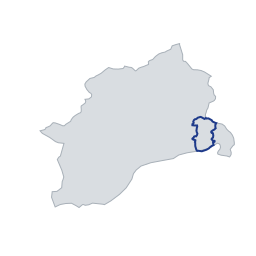 location of Montana within Bulgaria, rotated 159°
{"feature_id": "BGR-2250", "entity_name": "Montana", "entity_type": "Province", "adm_level": 1, "iso_a3": "BGR", "parent_name": "Bulgaria", "parent_adm1": "", "projection": "orthographic", "projection_center": [23.215, 43.499], "detail": "fine", "context": "in_parent", "style": "outline", "palette": "blue", "viewbox_px": 256, "rotation_deg": 159, "n_neighbors": 0, "source": "natural_earth", "source_scale": "10m", "svg_char_len": 3207}
<svg xmlns="http://www.w3.org/2000/svg" viewBox="0 0 256 256"><g transform="rotate(159 128 128)"><path d="M211.1,156.9L206.8,156.4L205.3,156.7L204.4,157.8L202.4,157.7L199.9,157.9L197.4,159.2L196.0,159.8L194.1,158.8L190.4,155.7L188.1,153.4L186.5,152.9L184.9,153.7L179.2,154.8L177.9,156.2L175.3,157.8L172.7,158.6L168.9,159.3L166.9,159.3L165.8,160.1L164.9,162.3L164.3,164.4L163.8,165.3L159.1,166.6L158.0,167.8L157.8,169.0L157.9,170.2L154.1,169.2L151.1,170.1L150.5,171.0L149.9,172.4L150.3,173.8L151.4,175.1L152.6,178.7L153.1,182.4L152.5,184.5L150.4,186.1L145.8,187.9L141.4,187.3L139.5,188.0L136.2,188.3L133.2,188.8L128.6,190.4L124.4,191.4L120.6,188.4L116.0,186.5L111.3,185.3L109.7,186.2L109.0,187.0L105.1,184.3L103.3,183.4L102.4,182.3L100.7,178.7L99.8,178.6L96.5,180.0L93.4,180.0L91.6,179.8L86.0,180.0L85.3,182.5L84.6,182.9L83.4,183.2L80.4,183.1L76.6,185.0L72.6,186.1L69.4,186.1L66.1,185.6L64.2,186.0L59.9,186.2L57.3,188.9L53.1,188.7L49.6,188.3L50.0,187.4L50.7,176.8L52.5,172.1L52.4,171.1L52.1,170.3L50.5,169.6L49.4,167.0L47.2,160.2L45.9,158.9L42.3,157.4L39.2,155.5L36.5,152.9L31.7,146.5L34.2,145.9L34.9,144.6L37.4,141.1L37.7,139.4L37.4,138.4L35.8,136.7L34.7,133.1L35.6,129.7L35.7,127.9L34.9,126.1L35.8,124.0L37.5,122.8L38.6,122.5L43.3,122.3L46.2,118.0L48.0,116.6L49.8,114.1L50.7,113.2L51.5,111.3L51.7,109.4L48.1,106.6L46.9,104.5L45.3,102.2L43.1,100.7L38.7,97.9L37.0,95.2L36.3,91.6L35.1,88.9L33.9,87.1L33.6,85.7L33.1,83.9L33.0,80.5L34.1,75.9L34.8,74.3L36.3,73.9L40.2,71.5L40.4,68.3L41.2,66.4L42.4,65.3L43.6,64.6L45.7,66.4L50.9,69.3L53.4,71.4L53.3,72.7L52.1,74.0L49.8,75.3L48.5,76.9L48.1,79.0L48.5,80.5L50.0,81.8L59.4,80.1L69.0,81.0L81.8,83.7L90.3,84.6L96.6,83.2L108.2,85.4L119.1,87.4L129.5,87.8L135.3,85.9L139.3,83.4L142.7,78.9L151.1,72.8L159.4,69.2L170.2,66.1L177.5,64.9L178.5,65.7L188.1,70.6L192.2,70.4L195.7,71.2L197.0,72.5L197.8,72.8L202.2,71.3L204.3,74.1L207.7,78.0L213.1,79.8L217.9,80.7L219.3,80.8L224.3,80.4L224.2,90.7L221.6,95.7L217.0,94.3L211.3,96.0L208.6,101.6L207.0,103.3L205.5,105.3L204.9,112.4L205.3,123.9L203.2,125.5L201.2,126.0L193.3,136.6L198.3,139.2L200.6,141.3L204.4,147.1L209.9,153.7L211.1,156.9Z" fill="#d9dde1" stroke="#a8b0b8" stroke-width="1"/><path d="M51.9,109.4L51.9,108.9L51.4,108.7L49.8,108.3L49.3,108.0L48.9,107.5L48.0,106.4L47.3,105.6L47.1,105.4L47.0,105.0L46.9,104.2L46.8,103.9L46.4,103.3L44.2,101.1L43.9,100.9L45.4,99.6L46.2,97.3L46.2,96.4L46.9,96.1L48.0,95.6L49.8,95.4L51.5,94.9L51.8,94.2L51.6,93.4L50.9,93.2L50.6,92.6L51.1,90.3L52.1,88.6L53.6,88.1L54.0,87.5L53.6,86.6L53.4,85.7L52.8,85.5L52.2,85.3L51.8,84.7L52.3,84.1L53.0,84.2L53.8,84.0L54.0,83.0L54.2,81.4L56.6,81.2L57.5,80.8L58.6,80.6L59.7,80.0L62.5,79.6L67.4,79.8L70.8,81.7L71.6,81.8L72.0,83.2L71.7,86.9L71.2,88.4L70.6,89.9L70.5,90.4L70.6,90.9L70.2,91.4L69.7,91.8L69.5,92.5L70.1,93.0L70.4,93.2L70.8,93.4L71.0,93.8L71.3,94.1L71.7,94.3L71.8,94.8L71.3,95.2L70.8,94.9L70.1,95.5L69.4,96.3L68.8,96.3L68.2,96.3L67.4,95.8L66.2,96.6L65.2,97.9L65.3,99.6L65.0,101.2L64.3,102.3L63.7,103.5L62.9,104.4L62.6,105.6L65.0,106.5L66.9,107.5L66.5,108.5L65.7,108.6L64.8,109.3L64.9,110.4L63.7,111.7L62.4,112.2L61.4,111.9L60.4,112.1L59.3,112.6L56.4,112.4L55.6,111.8L53.4,109.1L51.9,109.4Z" fill="none" stroke="#1e3a8a" stroke-width="2"/></g></svg>